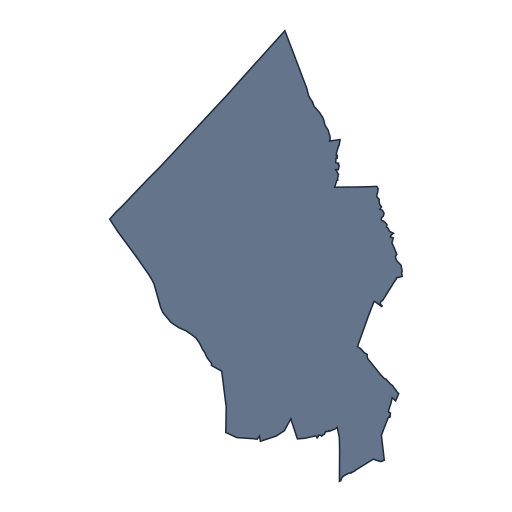 Mina, Nuevo León, Mexico (Equal Earth projection)
{"feature_id": "50627088B36980373493139", "entity_name": "Mina", "entity_type": "district", "adm_level": 2, "iso_a3": "MEX", "parent_name": "Mexico", "parent_adm1": "Nuevo León", "projection": "equal_earth", "projection_center": [-100.66, 26.299], "detail": "fine", "context": "isolated", "style": "filled", "palette": "slate", "viewbox_px": 512, "rotation_deg": 0, "n_neighbors": 0, "source": "geoboundaries", "source_scale": "gbopen_adm2", "svg_char_len": 5386}
<svg xmlns="http://www.w3.org/2000/svg" viewBox="0 0 512 512"><path d="M160.6,307.4L162.9,312.6L171.1,322.5L178.9,327.7L186.0,330.8L187.5,331.8L189.6,333.3L190.1,333.5L192.2,335.1L193.8,336.3L196.1,338.2L198.1,341.1L198.6,341.6L200.1,344.3L202.7,349.6L204.7,352.4L206.3,356.1L207.6,358.4L211.5,363.4L211.4,365.4L221.7,371.2L222.8,379.9L225.8,404.0L226.2,405.8L225.8,432.5L236.9,437.6L253.3,438.7L257.2,439.2L259.5,436.1L260.4,441.3L276.3,436.0L284.4,430.7L290.8,418.8L296.0,434.7L297.3,438.6L297.4,438.9L304.8,438.3L310.2,437.1L314.2,436.2L314.6,435.9L314.8,435.9L315.1,435.9L315.4,436.0L315.6,436.0L315.8,436.1L316.0,436.3L316.2,436.5L316.3,436.6L317.0,437.7L317.1,437.9L317.5,437.5L317.7,437.3L317.8,437.0L318.1,436.6L318.2,436.4L318.1,435.6L318.2,435.4L318.4,435.2L318.5,435.2L318.8,435.2L319.0,435.2L319.3,435.2L319.5,435.2L320.2,435.2L320.3,435.2L320.4,435.3L320.5,435.3L320.8,435.3L321.1,435.5L321.5,436.1L321.8,436.1L321.9,435.9L322.0,435.8L322.3,435.6L322.5,435.4L323.0,434.9L323.3,434.6L323.6,434.5L323.8,434.4L324.2,434.4L324.5,434.1L324.5,433.9L324.6,433.7L324.8,433.4L324.8,433.2L325.1,432.7L325.2,432.2L325.4,431.8L325.6,431.6L325.8,431.6L326.0,431.6L326.5,431.6L327.0,431.4L327.3,431.4L327.8,431.5L328.0,431.5L328.2,431.4L328.4,431.2L328.9,430.6L329.5,431.2L335.5,428.8L337.2,427.3L339.3,437.3L339.6,450.5L339.4,481.1L339.4,481.3L339.8,481.1L340.0,480.9L340.5,480.9L340.9,480.5L340.9,480.2L341.0,479.7L341.2,479.4L341.2,479.2L341.6,478.4L341.8,478.0L342.0,477.6L342.6,476.9L342.8,476.8L342.9,476.6L343.1,476.5L343.3,476.3L343.5,476.1L343.6,475.9L343.9,475.8L344.1,475.7L344.3,475.7L344.5,475.5L344.8,475.3L344.9,475.2L345.1,475.1L345.4,475.0L345.5,474.8L345.7,474.7L345.9,474.7L346.2,474.6L346.5,474.4L346.8,474.3L346.9,474.2L347.0,474.2L347.3,474.1L347.5,474.0L347.7,473.8L348.0,473.6L348.4,473.2L348.7,473.2L348.9,473.1L349.1,473.1L349.3,473.0L349.6,473.0L349.8,473.1L350.0,473.1L350.4,473.2L350.5,473.1L351.0,473.1L351.3,472.9L351.6,472.7L351.8,472.5L351.9,472.3L352.1,472.2L352.3,472.1L352.5,472.1L352.9,471.9L353.1,471.8L353.5,471.7L353.9,471.4L354.0,471.4L354.3,471.2L354.9,470.9L355.1,470.7L355.3,470.5L355.5,470.3L355.7,470.1L355.9,469.9L356.0,469.9L356.3,469.7L373.5,459.0L375.9,460.2L381.0,461.6L384.3,460.2L381.4,435.3L386.9,421.0L387.9,418.6L388.2,417.7L388.3,417.4L389.5,417.2L389.9,417.2L390.3,415.9L389.9,415.8L390.5,413.1L390.1,412.9L388.7,412.2L388.7,410.6L388.9,409.4L389.1,408.9L389.9,406.3L389.9,406.2L390.8,403.9L392.2,397.7L395.6,400.9L398.7,393.6L396.5,391.3L396.2,390.4L394.3,388.2L392.6,385.6L389.9,383.6L389.8,383.4L385.8,378.9L384.7,378.8L384.3,378.5L381.1,375.2L380.6,374.8L379.2,372.9L367.7,358.6L367.1,356.1L367.3,354.5L365.4,353.3L364.2,352.6L360.5,348.4L359.2,347.9L359.1,347.7L357.5,346.5L368.0,317.2L368.5,315.7L368.7,315.2L368.8,314.9L369.0,314.5L371.0,309.2L372.3,305.9L372.6,305.1L372.9,304.4L373.4,302.9L374.0,301.5L374.4,301.6L375.0,301.6L375.1,301.8L376.6,302.8L377.2,303.3L381.6,306.5L382.2,305.9L382.1,305.7L381.9,305.5L380.9,304.8L380.8,304.6L380.6,304.3L380.5,303.8L380.4,303.5L380.4,303.3L380.5,303.1L380.4,302.7L380.5,302.5L380.6,302.2L381.1,301.2L382.6,300.5L387.3,293.0L389.4,289.6L389.8,289.0L390.3,288.3L391.1,287.0L391.5,286.3L391.6,286.2L393.5,283.0L395.1,280.8L396.4,278.9L396.3,277.9L402.3,276.4L402.0,274.9L401.6,273.3L402.1,271.3L402.1,270.9L401.1,265.3L396.9,260.9L395.3,256.9L396.8,254.3L396.2,253.3L396.3,252.6L395.7,251.8L394.4,248.2L393.5,246.3L391.9,242.9L392.6,240.4L393.3,237.9L390.3,236.9L391.4,234.9L393.5,233.3L390.7,231.9L389.8,231.4L389.6,231.3L387.8,227.9L386.5,227.0L387.0,224.7L386.5,224.0L385.7,223.0L384.6,221.9L383.1,220.8L382.2,220.7L381.1,219.7L381.5,218.3L382.2,217.0L383.1,216.5L383.7,215.0L383.8,214.1L384.0,213.2L383.8,212.6L383.5,212.1L382.9,211.3L382.6,210.4L379.8,209.3L381.5,207.1L381.1,206.3L381.0,206.2L379.8,204.8L379.2,201.8L379.2,199.2L376.7,196.8L377.0,194.7L378.0,190.5L378.1,188.6L376.8,186.4L366.0,186.8L361.3,186.9L356.2,187.0L351.9,187.0L348.3,187.0L342.8,187.1L335.4,187.2L334.7,187.2L336.7,180.8L337.9,179.9L337.7,179.5L337.5,178.8L337.7,178.0L337.7,177.8L337.8,177.6L337.8,177.3L337.9,176.8L338.0,176.5L338.1,176.4L338.1,175.8L338.0,175.2L338.1,174.9L338.3,174.7L338.6,174.3L338.4,174.1L337.7,173.0L337.1,172.4L337.0,171.8L336.7,171.2L336.2,170.6L335.7,169.7L337.0,169.7L338.2,169.7L338.4,169.5L338.5,169.0L338.5,168.8L339.2,165.6L338.6,164.5L338.2,164.2L338.3,163.7L338.5,163.4L338.6,163.2L335.7,162.8L336.1,158.2L337.2,158.2L337.4,155.5L336.3,155.5L336.6,152.4L338.7,145.6L339.1,145.4L340.1,139.6L339.7,139.6L338.6,139.8L329.6,141.0L330.1,139.4L330.1,138.3L330.1,137.4L330.1,137.1L329.6,134.7L329.1,134.0L328.3,130.4L325.0,125.2L323.7,119.9L322.9,117.9L322.6,117.1L321.3,115.3L321.2,115.1L320.8,114.7L320.5,114.0L319.7,112.7L318.0,110.9L315.8,108.1L314.3,106.8L313.4,104.4L312.6,103.5L312.9,102.7L312.3,101.6L311.6,100.5L311.2,100.0L310.4,98.9L309.7,97.6L308.6,95.5L308.5,95.3L306.8,88.4L297.3,63.3L284.9,30.7L269.1,48.2L258.0,60.6L256.7,61.9L238.1,82.6L233.3,88.1L229.2,92.7L226.2,96.0L221.2,101.3L196.3,128.1L192.3,132.3L186.0,139.0L172.2,153.9L159.1,167.9L152.8,174.2L150.1,176.9L146.6,180.4L145.6,181.6L141.0,186.3L132.8,194.9L128.5,199.5L124.3,203.9L120.6,207.7L116.4,211.5L109.7,219.2L117.9,231.8L136.9,257.6L141.9,264.8L145.7,270.2L149.1,275.1L149.3,275.3L150.2,277.1L151.8,279.6L154.0,283.9L160.6,307.4Z" fill="#64748b" stroke="#1e293b" stroke-width="1.5"/></svg>